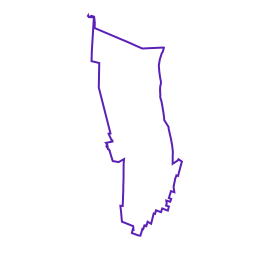 outline of Antiguo Morelos, Tamaulipas, Mexico, rotated 190°
{"feature_id": "50627088B85059783255621", "entity_name": "Antiguo Morelos", "entity_type": "district", "adm_level": 2, "iso_a3": "MEX", "parent_name": "Mexico", "parent_adm1": "Tamaulipas", "projection": "equal_earth", "projection_center": [-99.078, 22.569], "detail": "fine", "context": "isolated", "style": "outline", "palette": "violet", "viewbox_px": 256, "rotation_deg": 190, "n_neighbors": 0, "source": "geoboundaries", "source_scale": "gbopen_adm2", "svg_char_len": 2416}
<svg xmlns="http://www.w3.org/2000/svg" viewBox="0 0 256 256"><g transform="rotate(190 128 128)"><path d="M186.8,231.7L186.9,231.4L186.7,231.3L186.4,231.0L186.2,230.7L185.8,230.4L180.8,231.1L177.0,197.6L175.5,187.5L167.6,187.0L163.8,162.8L146.8,125.1L144.3,119.6L146.1,119.0L141.7,112.6L141.3,112.9L140.9,112.0L146.9,109.6L146.4,109.3L145.9,108.5L146.2,108.4L145.2,107.0L145.9,106.5L145.4,105.7L144.7,105.7L144.6,105.0L144.9,105.0L144.6,104.7L143.9,103.6L143.0,103.6L142.7,103.0L142.3,102.6L142.0,102.1L141.9,102.1L141.9,101.8L141.8,101.6L137.3,92.8L135.0,92.8L131.3,92.8L126.5,96.7L126.1,92.1L123.9,79.1L123.0,73.4L122.8,71.4L122.6,70.5L122.4,69.1L121.7,65.0L120.9,58.9L120.8,58.3L120.7,58.0L120.7,57.6L120.4,56.0L120.4,55.5L119.7,50.3L122.0,50.1L120.0,43.3L119.4,40.9L117.7,34.7L107.1,32.5L106.5,32.4L105.9,32.3L104.9,28.8L105.7,28.9L106.0,25.2L102.4,24.6L99.1,24.0L97.1,24.1L96.7,27.4L96.3,31.2L95.5,31.0L95.2,32.8L95.1,34.0L94.9,34.9L93.3,34.4L93.2,35.3L92.8,35.2L92.4,39.1L91.6,38.8L88.6,37.7L88.4,40.6L88.3,41.9L88.0,46.4L87.8,48.3L86.5,48.1L86.1,51.8L82.8,51.2L80.8,50.9L80.4,54.7L79.4,54.6L79.1,54.5L78.2,54.3L76.9,54.0L76.0,53.8L74.4,53.6L74.1,57.8L77.0,58.2L76.8,60.3L76.8,60.7L77.1,61.4L77.7,63.2L73.6,62.7L73.2,65.7L75.6,66.0L74.7,73.3L71.2,72.8L72.9,77.9L72.7,86.9L72.1,88.8L72.1,89.8L70.4,89.5L69.6,99.1L69.1,104.3L72.9,106.0L73.4,104.6L76.9,101.3L77.5,101.1L77.8,100.7L79.3,109.3L79.6,112.1L81.5,118.5L83.6,124.2L87.9,134.5L88.2,135.7L88.2,136.0L93.7,142.1L94.1,143.9L95.8,149.4L99.2,158.9L100.6,162.0L100.8,162.1L101.0,162.5L101.2,163.0L101.8,164.7L101.8,165.7L103.0,170.7L103.5,174.7L103.3,176.9L103.5,179.0L103.8,179.9L104.2,180.8L105.3,183.7L106.9,188.7L107.2,189.9L108.4,194.4L108.4,194.5L108.5,194.7L108.5,195.0L108.5,195.4L108.6,199.8L108.6,201.0L107.7,207.5L107.5,208.1L107.0,208.9L106.6,213.3L107.5,213.3L115.5,211.5L126.2,209.1L127.8,208.8L128.4,208.9L128.6,209.0L129.1,209.1L129.3,209.2L129.6,209.2L129.8,209.2L130.0,209.3L130.3,209.4L131.4,209.6L132.3,209.9L133.8,210.2L137.5,211.2L138.3,211.4L139.9,211.8L140.4,211.9L142.1,212.3L142.8,212.5L144.0,212.8L144.9,213.0L145.3,213.1L146.0,213.2L146.4,213.3L147.1,213.5L149.4,214.0L151.2,214.4L178.2,220.6L179.0,226.0L180.7,231.7L183.1,232.0L183.1,231.9L183.4,231.8L183.7,231.8L184.0,231.7L184.5,231.4L184.9,231.0L185.1,230.7L185.4,230.5L185.9,230.6L186.2,230.9L186.7,231.4L186.8,231.7Z" fill="none" stroke="#5b21b6" stroke-width="2"/></g></svg>